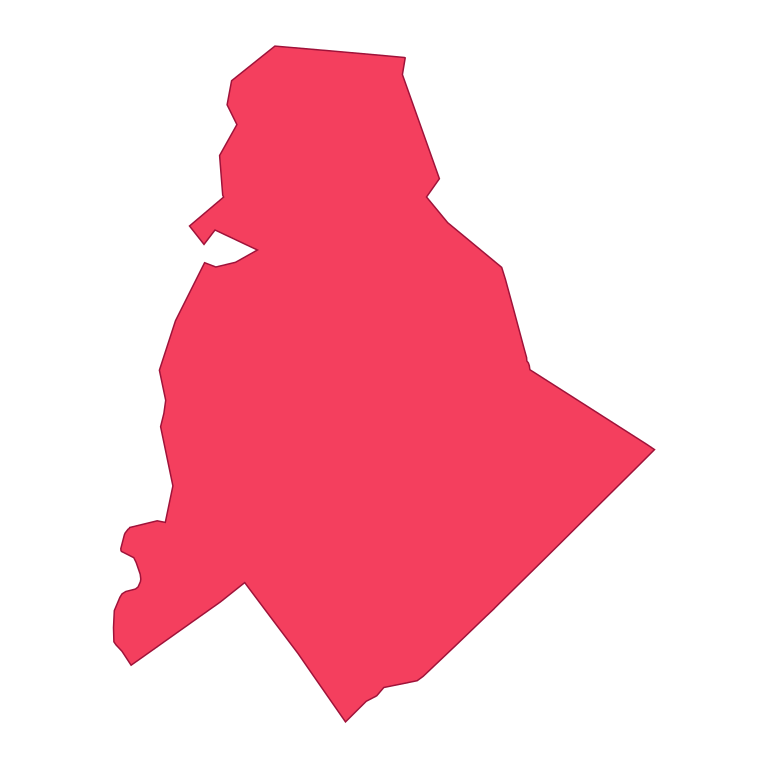 the district of Mecklenburg, North Carolina, United States of America
{"feature_id": "52423323B53065741974506", "entity_name": "Mecklenburg", "entity_type": "district", "adm_level": 2, "iso_a3": "USA", "parent_name": "United States of America", "parent_adm1": "North Carolina", "projection": "natural_earth1", "projection_center": [-80.869, 35.258], "detail": "fine", "context": "isolated", "style": "filled", "palette": "rose", "viewbox_px": 768, "rotation_deg": 0, "n_neighbors": 0, "source": "geoboundaries", "source_scale": "gbopen_adm2", "svg_char_len": 1384}
<svg xmlns="http://www.w3.org/2000/svg" viewBox="0 0 768 768"><path d="M129.7,527.5L129.1,528.6L128.1,529.2L125.2,532.9L124.4,534.7L120.8,548.6L121.0,550.7L121.6,551.5L133.8,557.7L136.2,562.6L140.2,574.2L140.8,579.1L140.4,581.7L138.1,586.9L135.5,589.0L132.5,589.8L125.8,591.5L122.0,593.9L119.9,597.3L114.3,610.6L113.5,627.7L113.9,641.8L116.0,644.9L122.0,651.3L131.1,665.2L150.5,651.5L178.8,631.4L186.9,625.7L192.2,621.9L220.3,602.0L244.7,582.6L275.0,623.0L275.3,623.4L298.1,653.6L298.5,654.2L313.3,675.6L345.5,721.9L366.2,701.3L376.7,695.8L383.8,687.5L417.2,680.7L423.2,676.3L456.3,644.9L484.9,617.4L485.4,616.9L494.1,608.7L494.5,608.2L494.8,607.9L499.4,603.3L544.0,559.4L564.0,539.6L564.9,538.7L601.9,501.9L636.5,467.6L637.5,466.6L654.5,449.6L648.0,445.2L647.9,445.1L601.9,415.7L530.0,369.8L529.8,369.2L529.3,365.6L528.4,363.0L527.9,362.3L527.2,361.5L526.9,361.0L526.8,360.5L526.6,357.6L524.3,349.3L513.3,308.3L506.2,282.2L505.5,279.6L501.7,267.4L447.7,222.7L426.5,197.0L439.4,178.7L402.4,74.6L405.2,57.9L404.4,57.5L390.4,56.2L325.2,50.4L322.3,50.2L274.9,46.1L231.6,80.7L227.1,104.8L236.9,124.6L219.6,155.5L222.7,195.1L223.6,197.1L189.5,226.0L204.0,244.4L215.0,230.0L257.4,250.0L235.5,262.3L215.8,267.0L204.6,262.7L175.5,320.7L159.4,370.2L165.7,400.3L163.9,413.3L160.6,426.7L172.9,485.9L165.3,522.4L157.2,520.8L129.7,527.5Z" fill="#f43f5e" stroke="#9f1239" stroke-width="1.5"/></svg>